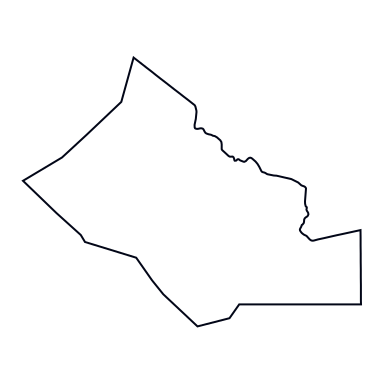 outline of Kidal
{"feature_id": "MLI-2689", "entity_name": "Kidal", "entity_type": "Region", "adm_level": 1, "iso_a3": "MLI", "parent_name": "Mali", "parent_adm1": "", "projection": "natural_earth1", "projection_center": [2.188, 19.739], "detail": "fine", "context": "isolated", "style": "outline", "palette": "ink", "viewbox_px": 384, "rotation_deg": 0, "n_neighbors": 0, "source": "natural_earth", "source_scale": "10m", "svg_char_len": 2062}
<svg xmlns="http://www.w3.org/2000/svg" viewBox="0 0 384 384"><path d="M133.6,57.6L137.5,60.6L142.1,64.2L146.7,67.8L151.4,71.4L156.0,75.1L160.6,78.7L165.3,82.3L169.9,85.9L174.5,89.5L179.2,93.1L183.8,96.7L188.5,100.3L194.7,105.2L195.4,106.5L196.4,110.6L196.5,112.0L195.8,119.0L194.6,124.7L194.6,126.0L194.7,127.5L195.1,128.3L195.9,128.7L197.1,128.9L198.2,128.8L200.4,128.3L201.5,128.3L202.8,128.7L203.5,129.4L204.6,131.6L205.4,132.8L206.4,133.5L208.7,134.3L210.8,134.7L211.8,135.1L212.8,135.7L214.8,136.1L216.9,137.3L220.3,140.3L221.4,142.1L221.7,144.4L221.7,149.2L222.2,150.1L228.6,156.0L229.7,156.6L230.9,156.7L231.9,156.6L232.7,156.6L233.6,157.4L234.1,158.7L234.3,159.9L234.7,160.7L235.9,160.7L236.4,160.4L237.4,159.4L238.1,159.2L238.7,159.3L239.2,159.6L239.6,160.0L240.2,160.4L243.5,161.7L244.3,161.8L245.8,161.1L247.9,158.8L249.2,157.9L250.3,157.7L251.3,158.0L252.2,158.6L255.5,161.5L257.5,163.9L259.2,166.7L261.4,171.1L262.0,171.8L262.9,172.2L264.2,172.5L265.2,172.9L267.1,174.1L268.2,174.4L268.8,174.5L273.7,175.5L276.6,175.7L291.4,179.1L298.2,182.5L301.3,185.3L302.2,185.7L304.2,186.4L305.0,186.9L305.7,187.7L306.0,188.5L305.0,201.4L305.1,203.8L305.7,206.2L306.0,206.6L306.3,206.8L306.6,207.0L306.8,207.6L306.8,208.0L306.5,209.2L306.5,209.8L307.0,211.0L307.7,212.0L308.2,213.0L308.4,214.4L307.8,215.8L306.9,216.7L305.7,217.4L304.7,218.4L304.2,219.5L304.0,222.0L303.7,223.1L302.6,224.5L301.8,225.0L301.6,225.6L301.2,226.8L300.4,228.2L299.9,229.3L300.0,230.5L300.9,231.9L301.8,233.0L302.9,233.9L304.0,234.7L306.5,235.9L309.7,239.4L311.0,240.3L311.5,240.5L312.3,240.7L313.7,240.6L318.1,239.4L323.7,238.2L332.9,236.1L336.9,235.2L342.1,234.1L351.3,232.1L360.5,230.1L360.6,237.9L360.6,245.8L360.7,253.7L360.7,261.5L360.8,269.4L360.8,277.3L360.9,285.2L360.9,293.0L360.9,300.9L361.0,304.4L360.9,304.4L331.6,304.4L290.5,304.4L239.2,304.4L229.5,318.2L197.5,326.4L163.3,294.3L152.1,280.4L136.2,257.7L85.0,242.0L80.8,235.0L56.4,213.0L23.0,180.8L62.0,157.5L86.6,134.8L121.3,101.9L133.4,58.3L133.6,57.6L133.6,57.6Z" fill="none" stroke="#020617" stroke-width="2"/></svg>